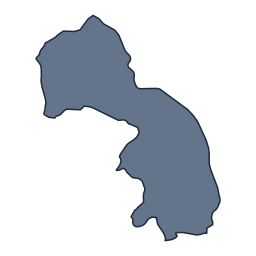 outline of Kukës
{"feature_id": "ALB-1502", "entity_name": "Kukës", "entity_type": "County", "adm_level": 1, "iso_a3": "ALB", "parent_name": "Albania", "parent_adm1": "", "projection": "mercator", "projection_center": [20.174, 42.189], "detail": "fine", "context": "isolated", "style": "filled", "palette": "slate", "viewbox_px": 256, "rotation_deg": 0, "n_neighbors": 0, "source": "natural_earth", "source_scale": "10m", "svg_char_len": 2187}
<svg xmlns="http://www.w3.org/2000/svg" viewBox="0 0 256 256"><path d="M212.6,224.7L206.9,228.2L206.7,233.3L204.6,233.1L200.7,234.3L197.0,235.0L183.0,232.5L178.3,232.6L175.8,233.1L175.8,234.1L176.5,234.9L177.1,235.9L176.2,237.3L173.9,238.7L170.8,239.8L165.2,240.6L165.5,238.3L164.1,233.9L157.7,224.3L156.4,218.5L156.7,217.6L152.2,217.1L148.9,218.6L147.4,220.3L146.1,222.3L144.3,224.3L141.9,225.8L137.8,226.8L135.3,226.5L133.6,225.0L132.9,223.4L132.7,221.9L132.9,220.9L132.9,219.7L132.8,218.9L131.1,216.8L134.1,211.3L134.7,210.4L135.4,209.8L136.1,209.4L136.8,208.8L137.4,207.9L138.3,206.9L142.6,203.2L143.3,202.2L143.6,200.7L143.4,197.7L143.4,195.4L143.7,193.3L144.3,191.7L144.8,190.0L144.7,188.2L142.7,182.6L141.8,180.7L139.0,178.6L132.3,177.5L127.1,172.5L125.2,169.5L123.6,168.4L122.3,168.6L120.8,169.5L119.0,170.2L116.5,170.4L116.5,169.8L119.8,165.2L121.1,161.1L120.7,159.1L119.5,156.7L120.3,154.3L126.3,145.5L128.0,143.7L130.0,142.2L132.9,140.4L136.8,137.1L139.2,132.5L137.5,127.4L130.7,124.4L128.7,123.9L127.6,122.7L126.6,121.3L125.3,120.3L123.7,119.9L118.3,120.3L92.6,107.7L89.6,106.8L84.3,106.1L80.4,109.8L67.0,109.2L65.6,109.7L64.1,110.8L60.8,114.2L59.5,115.1L58.3,115.6L57.3,115.8L56.5,116.1L55.9,116.4L54.8,118.0L49.0,117.4L45.8,115.6L44.3,114.5L43.9,113.2L44.6,111.1L45.1,108.6L45.3,107.5L45.2,106.2L45.4,105.2L45.9,104.3L45.8,101.7L45.0,97.5L42.1,87.1L41.2,82.2L41.1,78.6L41.4,76.2L41.2,68.4L40.7,65.8L40.0,64.0L36.5,59.5L36.1,58.4L36.5,57.5L38.6,55.5L39.3,54.2L40.3,51.2L40.9,50.0L41.7,48.9L42.6,48.0L43.4,46.8L44.1,45.8L45.5,42.7L46.9,42.2L55.5,37.2L57.6,35.1L63.3,31.1L74.3,31.5L80.1,29.8L88.2,18.9L93.1,15.4L98.9,18.7L103.6,23.9L114.9,30.2L118.7,35.0L118.8,35.1L125.1,50.6L126.4,52.3L129.4,55.3L130.5,57.6L130.5,60.2L128.1,63.8L127.9,65.7L128.9,67.6L132.4,70.7L133.8,72.6L134.3,74.9L133.9,79.1L134.2,81.2L136.2,86.3L138.0,88.3L140.7,88.7L156.2,88.4L159.7,89.0L187.7,109.6L191.5,113.7L193.3,115.6L197.6,121.6L206.2,140.3L208.6,148.4L209.2,153.8L209.2,163.6L210.6,169.3L217.7,188.0L218.8,194.1L219.9,198.1L219.9,201.9L217.5,207.5L215.7,209.9L214.0,211.1L212.6,212.8L211.6,216.5L211.6,218.7L212.8,222.4L212.6,224.7Z" fill="#64748b" stroke="#1e293b" stroke-width="1.5"/></svg>